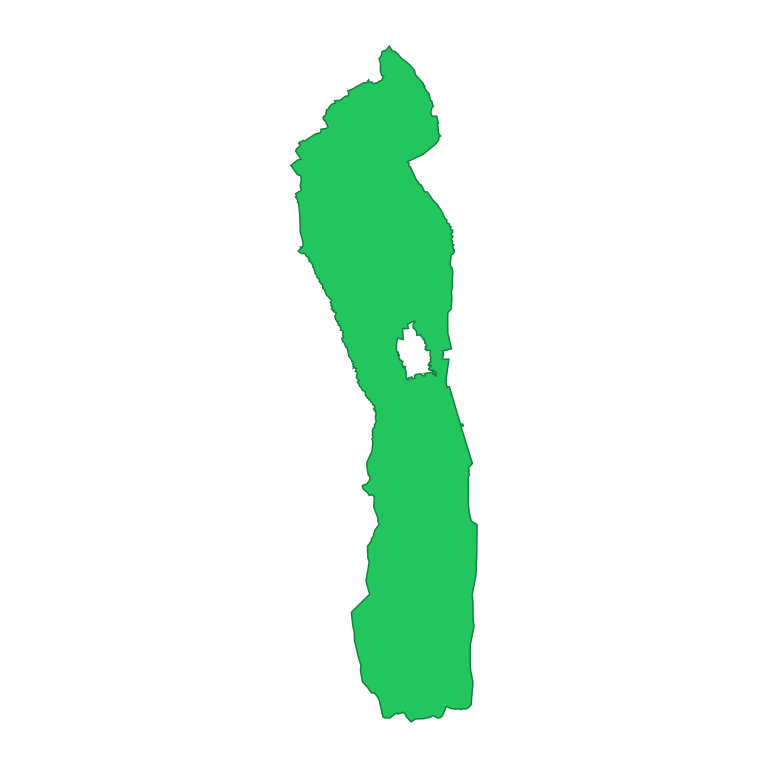 Ucea, Brasov, Romania (Albers equal-area conic projection)
{"feature_id": "2599482B38717766097303", "entity_name": "Ucea", "entity_type": "district", "adm_level": 2, "iso_a3": "ROU", "parent_name": "Romania", "parent_adm1": "Brasov", "projection": "albers", "projection_center": [24.681, 45.719], "detail": "fine", "context": "isolated", "style": "filled", "palette": "green", "viewbox_px": 768, "rotation_deg": 0, "n_neighbors": 0, "source": "geoboundaries", "source_scale": "gbopen_adm2", "svg_char_len": 6066}
<svg xmlns="http://www.w3.org/2000/svg" viewBox="0 0 768 768"><path d="M471.1,704.6L473.0,682.0L470.6,670.2L470.2,663.3L470.4,644.2L474.0,626.6L473.1,618.8L473.0,603.6L472.2,594.4L475.8,575.9L476.3,568.6L476.1,564.2L476.7,558.2L477.1,524.8L471.3,521.0L469.3,513.1L468.2,503.2L468.4,477.1L469.4,474.4L468.5,471.3L469.1,470.9L468.5,467.8L472.4,463.5L461.0,426.4L463.3,425.9L462.6,423.9L460.5,424.4L449.4,386.8L447.4,387.4L446.2,384.1L446.2,382.7L445.5,381.8L446.3,380.3L446.3,377.7L448.9,359.1L443.5,359.4L442.5,358.1L443.6,354.0L442.5,351.1L451.5,348.8L447.8,332.7L447.7,317.7L447.9,312.6L451.1,309.0L451.9,298.3L451.4,291.8L452.6,286.8L452.3,279.5L452.8,273.2L452.0,267.9L451.1,267.1L450.0,264.3L451.3,255.1L453.3,253.5L454.3,251.7L454.3,249.8L453.6,249.3L452.5,246.8L453.7,244.9L451.9,244.0L452.7,242.0L452.3,240.6L451.2,239.6L451.4,238.5L452.9,236.6L450.8,234.3L452.6,232.6L452.7,230.2L451.1,229.6L450.3,228.4L451.2,227.0L449.8,226.4L449.5,224.1L446.5,222.5L446.9,220.5L446.4,219.5L445.5,219.3L441.4,210.8L436.8,204.0L433.3,200.7L427.4,192.0L424.5,191.8L422.3,186.9L420.6,184.4L419.0,184.0L417.7,181.4L416.9,181.1L410.5,167.2L408.9,165.6L408.9,163.2L407.3,161.9L423.1,154.3L435.7,144.0L438.9,139.6L438.4,138.2L440.5,136.0L438.6,133.6L437.9,125.5L437.2,123.9L438.3,123.3L437.9,122.5L438.2,122.3L436.7,116.1L432.2,116.3L431.1,113.8L430.9,111.6L431.9,107.9L433.4,106.4L432.2,103.5L432.2,102.1L430.3,99.8L429.1,93.7L426.6,91.1L424.1,87.3L424.9,87.0L424.4,85.6L423.5,85.1L423.4,83.7L415.2,74.5L414.8,71.1L413.8,69.5L408.4,63.6L401.0,57.9L396.1,52.1L394.3,51.2L392.6,51.4L389.3,46.1L385.4,50.8L384.1,50.6L381.9,51.8L381.5,55.5L379.1,58.6L380.5,63.6L380.4,70.2L381.0,73.6L381.8,75.4L383.7,76.3L381.5,80.5L378.7,81.5L377.3,82.8L373.1,83.7L371.7,81.9L368.6,82.4L368.0,81.5L368.9,80.7L368.6,79.9L366.5,82.9L363.7,82.7L351.4,89.6L347.9,90.7L348.6,94.1L347.9,96.0L345.2,96.4L339.9,100.4L334.7,100.6L335.4,103.0L331.9,104.1L329.1,107.1L328.6,108.9L326.7,109.6L325.6,115.0L322.9,117.4L323.5,118.2L323.5,119.6L326.3,122.2L326.4,123.8L327.4,125.0L328.0,127.6L325.7,128.6L320.9,129.3L321.4,130.1L320.2,132.8L315.3,134.0L304.9,140.9L303.3,140.5L299.0,142.6L298.7,143.7L300.3,144.3L300.4,145.4L296.4,149.1L295.6,151.1L301.0,159.1L297.5,160.0L290.9,165.4L297.4,174.7L300.3,175.5L301.1,176.9L301.2,180.0L300.2,186.5L301.5,190.3L295.6,193.6L296.5,196.5L295.5,196.9L297.7,200.1L297.5,202.5L298.6,202.7L299.7,214.7L300.3,232.4L302.6,240.3L303.2,245.0L302.2,247.3L300.5,247.1L301.2,248.3L298.2,250.9L301.4,253.6L304.9,253.2L305.8,255.7L308.4,257.5L308.5,258.9L309.6,259.5L309.1,261.0L311.2,262.4L311.7,263.7L313.1,264.9L312.7,266.6L313.8,268.0L315.3,273.7L317.3,275.3L316.8,277.3L318.8,278.5L319.6,280.5L319.2,281.1L321.4,284.2L322.6,284.3L322.8,288.5L324.6,289.7L325.3,292.6L327.0,295.8L328.4,296.5L329.8,298.8L331.0,299.0L331.8,300.4L330.5,301.7L330.4,302.6L331.3,303.7L331.0,305.8L332.6,306.7L331.3,308.7L332.8,310.2L332.8,309.6L333.5,309.7L334.2,310.8L333.6,311.7L336.4,313.0L334.9,316.2L335.5,318.8L337.0,321.6L338.1,321.7L338.0,323.7L339.3,324.4L338.6,325.3L340.3,325.8L340.0,326.8L340.9,328.6L340.4,330.2L342.8,330.7L343.3,332.1L342.6,332.9L343.0,334.0L342.7,335.1L343.7,336.8L341.9,338.5L341.9,339.2L342.9,341.7L344.9,343.6L344.8,344.7L346.1,347.4L347.3,347.8L348.3,354.1L348.9,355.1L348.7,356.1L351.6,359.6L351.8,361.5L352.7,361.6L353.4,363.2L352.7,364.1L353.8,365.9L352.9,366.6L354.1,367.5L353.7,368.0L354.8,367.7L356.4,368.8L355.4,371.4L356.9,371.8L357.6,374.0L356.6,375.1L356.4,377.7L359.1,380.6L357.3,381.9L359.2,384.7L359.7,386.4L361.2,387.1L361.2,388.4L361.9,388.9L362.3,390.5L365.2,391.3L365.4,395.6L366.6,396.3L367.4,398.1L368.7,398.4L369.1,399.8L369.9,399.7L370.7,401.6L372.0,402.4L372.9,404.9L373.9,405.0L375.0,407.5L373.7,408.8L374.7,409.3L374.2,409.9L375.5,410.4L374.9,411.2L376.2,412.5L375.7,413.8L376.3,414.5L375.6,415.7L375.5,418.3L376.2,421.8L374.5,425.0L374.7,426.9L372.8,428.8L372.2,432.0L372.8,433.2L372.3,434.4L373.2,437.1L371.9,438.7L372.7,441.3L372.8,443.7L371.9,451.4L366.9,462.4L367.0,467.5L368.3,475.1L369.5,476.0L370.0,477.4L369.8,480.0L366.6,484.2L362.5,485.4L362.2,486.5L363.5,489.3L367.5,492.6L369.3,495.4L371.9,494.8L374.3,496.5L373.8,507.5L378.1,518.3L377.8,520.4L379.0,524.7L375.4,529.3L373.5,534.6L373.4,536.2L371.4,538.8L371.2,541.3L367.5,546.3L367.8,557.2L369.2,561.9L366.0,581.4L369.7,594.2L351.9,611.8L351.4,613.0L352.8,625.9L354.2,631.7L354.5,640.4L358.6,657.7L361.0,665.3L360.5,668.8L360.7,672.3L362.6,682.1L367.3,686.9L371.4,692.8L374.8,693.3L378.0,697.5L379.2,700.1L382.9,716.9L384.8,717.9L389.9,718.0L394.6,714.3L397.2,713.2L398.3,714.1L399.4,713.3L401.5,713.1L402.7,712.1L405.3,714.3L406.1,716.4L411.1,721.9L415.3,719.0L423.3,718.7L430.4,717.2L433.0,715.6L438.1,718.2L440.6,717.5L442.5,715.6L445.8,707.6L447.0,706.4L449.8,708.2L454.8,709.1L460.0,708.9L461.2,709.6L463.3,708.6L465.6,709.0L468.6,707.6L471.1,704.6ZM413.7,321.2L414.9,321.5L413.1,324.6L413.1,327.7L416.4,331.2L416.9,335.3L420.4,334.7L420.3,335.3L422.6,337.7L423.3,339.5L424.2,339.1L424.9,343.2L425.7,343.1L426.5,346.5L425.5,346.6L425.2,349.3L426.2,349.3L426.3,350.5L430.1,350.3L430.2,356.2L431.0,357.7L430.2,359.6L431.0,362.1L429.9,362.2L428.9,363.3L429.4,364.4L428.2,365.0L429.4,365.9L430.9,365.2L431.5,366.0L429.7,366.9L429.4,368.3L428.7,368.5L428.8,369.4L430.5,369.8L430.2,370.4L431.0,370.6L433.6,370.1L433.6,370.9L432.6,371.0L432.6,372.0L435.9,371.8L436.1,375.7L434.9,375.9L434.6,373.8L432.9,374.1L433.1,372.7L432.7,372.4L424.3,373.5L425.2,374.8L424.9,375.8L423.9,376.1L421.1,373.8L416.4,374.4L414.7,375.2L414.9,378.1L412.5,378.7L411.8,376.9L407.6,378.6L408.1,379.7L407.0,379.7L405.9,376.2L406.3,374.7L405.8,373.4L406.1,372.2L405.0,367.7L405.4,366.6L404.6,366.6L404.5,368.5L404.4,367.2L402.7,366.9L403.0,365.6L402.0,365.0L402.0,364.4L402.8,361.6L402.2,361.7L401.3,360.4L400.4,360.7L400.1,359.4L399.5,359.4L398.5,356.1L399.4,356.0L399.4,355.3L399.0,354.4L397.9,354.6L398.3,352.2L396.7,352.0L396.8,350.4L396.2,348.8L396.9,340.7L397.7,338.3L403.2,339.5L402.6,328.6L408.6,328.4L407.6,325.1L407.8,324.0L413.7,321.2Z" fill="#22c55e" stroke="#15803d" stroke-width="1.5"/></svg>